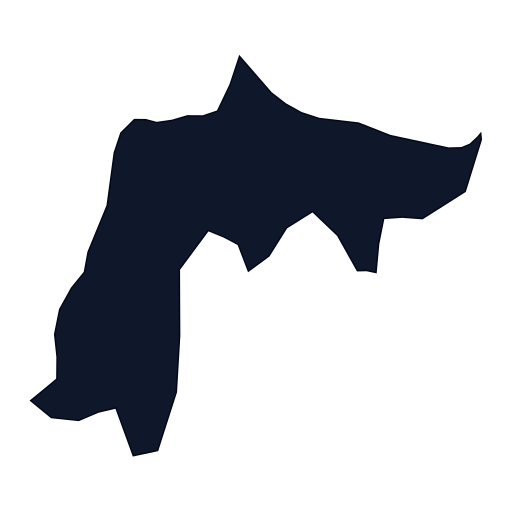 Espaillat, Robinson projection
{"feature_id": "DOM-1967", "entity_name": "Espaillat", "entity_type": "Province", "adm_level": 1, "iso_a3": "DOM", "parent_name": "Dominican Republic", "parent_adm1": "", "projection": "robinson", "projection_center": [-70.375, 19.514], "detail": "fine", "context": "isolated", "style": "filled", "palette": "ink", "viewbox_px": 512, "rotation_deg": 0, "n_neighbors": 0, "source": "natural_earth", "source_scale": "10m", "svg_char_len": 824}
<svg xmlns="http://www.w3.org/2000/svg" viewBox="0 0 512 512"><path d="M239.5,56.3L271.2,92.8L285.5,103.9L301.3,112.7L319.1,118.5L358.5,123.1L390.3,135.6L448.4,148.1L461.4,147.8L470.0,144.3L477.7,137.1L480.7,133.5L481.3,139.5L465.2,191.4L422.4,218.6L402.2,217.1L383.7,218.4L378.6,244.0L376.0,272.5L366.7,270.5L357.4,270.7L337.7,235.5L312.6,211.5L286.6,227.8L268.9,256.0L248.4,271.1L238.2,244.5L223.9,236.9L208.2,230.5L179.3,269.5L179.6,336.0L176.3,392.1L157.6,450.5L133.3,455.7L115.9,407.9L98.1,412.1L78.7,420.4L51.3,417.5L30.7,400.6L43.6,390.1L56.9,379.0L57.1,357.0L54.7,334.3L59.7,309.4L71.5,288.1L84.4,272.2L88.1,252.1L107.2,205.6L114.3,152.8L120.9,133.0L134.4,119.6L145.8,119.7L156.6,122.6L172.1,120.4L187.4,115.9L202.9,116.0L217.5,111.1L230.2,84.5L239.5,56.3Z" fill="#0f172a" stroke="#020617" stroke-width="1.5"/></svg>